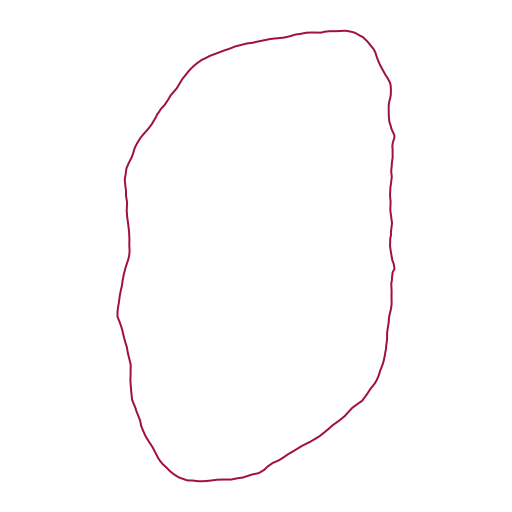 the district of South Nilandhoo, Maldives
{"feature_id": "70690204B67340170019172", "entity_name": "South Nilandhoo", "entity_type": "district", "adm_level": 2, "iso_a3": "MDV", "parent_name": "Maldives", "parent_adm1": "", "projection": "orthographic", "projection_center": [72.94, 2.835], "detail": "fine", "context": "isolated", "style": "outline", "palette": "rose", "viewbox_px": 512, "rotation_deg": 0, "n_neighbors": 0, "source": "geoboundaries", "source_scale": "gbopen_adm2", "svg_char_len": 3089}
<svg xmlns="http://www.w3.org/2000/svg" viewBox="0 0 512 512"><path d="M199.1,481.3L205.4,481.1L211.3,480.5L217.3,479.7L224.9,479.5L231.4,479.5L238.3,478.1L242.6,477.6L247.1,476.1L252.2,474.5L258.8,473.1L264.3,469.8L267.5,466.6L272.9,462.9L278.7,460.4L282.6,458.0L288.1,454.2L294.1,450.7L302.3,445.7L310.7,441.5L319.1,436.5L324.7,432.1L329.2,428.4L332.3,425.5L339.4,420.4L344.6,416.2L348.6,411.8L352.3,407.8L357.5,404.0L362.1,400.8L366.5,394.9L370.5,388.8L374.6,383.7L376.9,379.8L378.9,375.0L380.2,370.6L381.4,367.6L382.7,364.2L383.9,360.0L384.8,355.6L385.4,351.8L386.0,349.1L386.2,345.8L386.6,342.7L387.1,339.4L387.1,336.9L387.1,333.1L387.4,330.6L388.0,326.6L388.7,322.5L388.9,318.7L389.3,315.9L390.9,309.2L391.6,304.5L391.6,300.0L391.5,296.3L391.6,292.5L391.3,283.5L391.9,280.1L392.0,277.8L392.2,275.5L392.5,274.2L392.6,272.4L394.5,268.8L393.7,263.8L392.3,260.2L391.5,255.6L390.6,250.2L390.0,245.7L390.2,242.0L390.2,238.5L391.0,235.3L390.9,232.2L391.3,229.1L392.0,223.1L391.3,217.8L390.3,210.2L390.6,201.3L390.0,195.5L390.2,191.8L390.4,187.4L390.9,184.1L391.4,180.0L391.8,176.5L391.3,172.8L391.3,169.4L391.7,166.1L391.9,162.9L392.3,159.9L392.6,157.7L392.7,156.0L392.6,154.2L392.6,151.9L392.6,148.9L392.3,146.4L392.6,144.0L393.1,141.7L393.5,140.5L394.2,138.2L394.5,136.8L394.1,134.6L392.8,132.0L391.3,128.4L390.5,125.2L389.3,121.5L389.0,118.6L388.8,115.8L388.7,110.0L388.7,105.6L389.1,102.1L390.0,99.0L390.8,94.8L390.9,89.5L390.7,85.6L390.0,82.7L387.5,77.9L385.3,74.6L382.3,69.2L381.2,67.1L379.9,64.7L377.7,59.5L376.5,56.2L375.4,52.6L374.4,50.6L373.3,48.6L371.4,46.5L369.4,43.9L366.9,40.9L364.7,38.9L362.8,37.0L360.0,35.7L355.9,33.3L354.1,32.5L350.2,31.5L345.1,30.7L340.4,31.0L335.6,31.2L329.6,31.2L324.7,31.7L321.2,32.6L317.3,32.6L312.0,32.5L306.5,32.7L300.8,33.8L295.2,34.6L289.7,36.3L284.0,37.6L277.8,38.2L270.9,38.9L262.9,40.5L257.1,41.7L252.2,42.9L247.6,43.3L241.3,44.9L235.0,46.5L229.8,48.6L224.4,50.4L218.6,52.6L210.3,55.7L205.0,58.4L201.4,60.1L197.2,63.1L193.7,66.0L190.7,68.9L188.3,71.5L185.7,74.9L182.2,79.2L179.3,84.1L176.6,88.5L173.4,92.2L170.6,95.4L168.5,99.1L167.1,101.2L164.6,105.0L162.8,106.9L160.9,108.9L158.9,112.1L157.0,114.7L155.9,117.2L151.8,124.1L148.3,128.8L143.1,134.6L140.8,137.4L137.2,143.1L135.0,147.3L134.1,149.9L133.1,153.5L131.4,158.0L128.9,162.7L126.5,168.2L125.7,173.7L124.8,179.3L125.2,184.7L126.0,190.6L126.0,195.9L127.1,202.2L126.7,210.5L127.2,217.1L128.0,222.8L128.8,229.2L129.2,234.3L129.4,239.5L129.3,246.1L129.6,250.9L129.3,254.6L128.5,258.7L127.1,262.9L125.6,267.5L123.9,273.9L122.7,280.1L121.9,285.8L120.9,289.9L119.7,296.2L118.9,302.4L117.9,308.1L117.5,312.7L117.5,316.5L121.0,325.7L122.4,330.6L124.0,337.5L125.5,342.9L126.9,347.3L127.8,352.8L129.0,357.6L130.7,364.6L130.6,369.8L130.6,374.3L130.4,379.5L130.6,384.0L131.2,391.1L131.6,395.0L132.1,399.9L134.3,405.1L135.6,408.5L136.4,411.2L140.1,420.4L141.2,426.1L143.5,431.6L145.6,436.2L148.6,441.2L152.4,446.9L155.4,452.7L158.4,458.5L160.7,461.7L162.7,464.1L166.4,467.5L170.3,471.5L174.6,474.8L179.1,477.5L187.3,480.4L192.3,480.5L199.1,481.3Z" fill="none" stroke="#9f1239" stroke-width="2"/></svg>